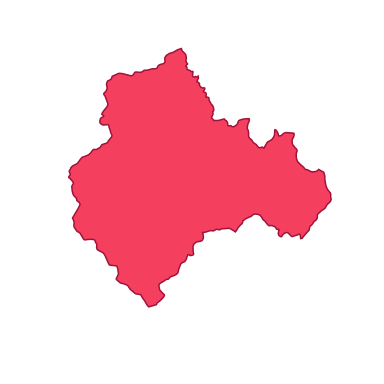 Tay Tra, Quảng Ngãi, Vietnam, rotated 118°
{"feature_id": "81297802B47494931699472", "entity_name": "Tay Tra", "entity_type": "district", "adm_level": 2, "iso_a3": "VNM", "parent_name": "Vietnam", "parent_adm1": "Quảng Ngãi", "projection": "orthographic", "projection_center": [108.349, 15.187], "detail": "fine", "context": "isolated", "style": "filled", "palette": "rose", "viewbox_px": 384, "rotation_deg": 118, "n_neighbors": 0, "source": "geoboundaries", "source_scale": "gbopen_adm2", "svg_char_len": 6014}
<svg xmlns="http://www.w3.org/2000/svg" viewBox="0 0 384 384"><g transform="rotate(118 192 192)"><path d="M71.6,267.5L70.3,268.7L72.9,271.3L77.9,274.5L80.0,276.8L83.1,278.6L84.2,278.9L86.1,279.0L87.4,278.5L89.5,277.0L90.0,276.9L91.2,277.1L92.2,277.6L94.4,280.0L95.2,280.6L97.0,281.2L98.6,281.0L99.3,281.2L100.4,282.2L102.0,285.1L105.3,288.5L107.0,291.4L109.2,292.4L110.4,293.5L111.1,294.9L112.2,297.5L112.8,298.4L113.3,298.7L116.3,299.0L117.2,299.4L118.0,300.3L120.1,308.9L121.1,311.5L121.7,312.4L123.9,314.2L125.5,315.3L126.7,316.4L127.4,316.8L129.2,316.4L130.2,316.4L132.2,317.5L133.5,318.6L134.7,318.6L136.9,318.2L139.3,316.2L140.5,315.6L142.0,315.3L143.8,315.4L146.1,316.1L146.7,316.0L147.3,315.5L148.3,313.6L153.2,308.1L154.3,307.3L155.2,307.1L156.6,307.1L162.5,308.2L165.0,308.3L165.6,308.2L166.0,307.6L166.0,306.4L166.5,305.5L167.5,305.8L168.3,306.5L169.3,307.1L170.3,307.3L172.6,306.7L173.6,306.1L174.2,305.5L174.6,304.7L174.7,302.7L174.5,301.7L172.0,297.9L172.1,297.3L172.7,296.4L174.1,295.4L175.5,293.6L177.4,292.0L179.8,289.0L181.2,288.9L186.2,289.9L188.0,289.8L189.2,290.6L192.4,293.7L195.7,294.1L198.9,296.0L199.5,296.6L200.6,298.9L201.5,299.3L205.7,300.0L207.2,300.6L208.5,301.4L211.8,304.1L212.3,304.8L213.0,305.3L214.9,305.8L220.0,306.5L221.4,307.1L224.6,309.4L226.2,310.1L227.6,310.3L228.6,310.1L231.1,310.3L232.3,309.3L233.2,307.9L233.7,307.6L236.0,308.0L236.6,307.9L237.2,307.4L237.4,305.7L237.5,305.3L237.9,304.9L238.1,303.7L239.5,301.2L240.3,300.7L242.8,300.9L244.0,300.5L247.8,297.9L248.9,296.8L250.1,295.6L250.7,294.6L251.8,291.2L253.6,289.6L253.9,289.0L254.1,286.8L254.7,285.8L255.4,285.2L256.0,284.9L260.3,284.8L271.1,285.3L272.6,283.3L274.2,281.7L276.9,280.7L278.4,279.5L280.8,274.9L280.7,273.0L280.8,272.0L281.4,270.7L284.5,265.7L284.7,264.6L284.3,263.6L282.8,261.7L281.0,258.6L280.2,256.6L280.2,255.0L281.7,253.6L282.7,251.8L283.2,251.4L284.2,250.8L285.8,250.2L287.1,249.0L287.5,247.5L287.4,242.8L287.7,241.2L288.7,239.3L294.4,232.0L295.1,230.9L295.1,230.1L292.6,223.7L294.7,221.5L298.6,218.6L300.4,218.3L304.2,218.2L304.8,217.6L305.4,214.8L305.8,213.4L305.9,212.2L305.1,209.4L304.7,205.8L305.0,204.3L306.6,201.6L307.0,200.6L308.3,194.4L308.2,193.4L307.5,191.7L307.3,190.5L306.9,189.8L306.8,188.8L308.6,186.3L310.8,181.8L312.9,178.6L313.4,177.3L313.7,176.2L308.2,170.5L306.2,170.7L303.2,169.2L299.1,168.0L297.1,167.7L296.3,167.8L295.9,168.0L295.6,168.4L295.0,170.8L293.6,174.6L290.9,176.8L289.4,177.5L288.7,177.5L287.7,177.3L283.2,174.6L282.0,174.1L281.2,173.5L280.1,172.1L279.5,171.7L277.7,171.5L277.1,171.2L273.7,168.2L272.0,167.1L270.7,166.6L269.8,166.6L266.5,167.4L261.7,168.1L260.8,168.1L259.9,167.8L258.6,167.1L257.3,166.0L256.2,165.6L253.6,165.5L251.7,166.0L249.3,166.2L248.9,165.7L249.0,163.9L248.8,163.4L248.1,162.5L246.7,161.3L245.9,161.5L243.9,163.1L239.7,165.5L238.5,165.8L236.9,165.8L234.2,164.7L232.9,163.3L231.7,161.5L230.1,160.3L229.1,160.2L227.6,160.3L226.4,160.8L223.8,162.6L222.8,163.7L222.4,162.9L220.7,160.8L218.1,158.4L217.0,156.7L216.4,155.0L215.6,154.3L214.0,153.3L213.3,152.7L212.5,149.9L210.7,148.7L207.0,142.8L206.4,141.0L206.7,136.2L206.9,135.0L205.6,134.7L202.7,134.6L199.6,134.1L196.5,133.0L195.8,132.9L193.8,133.4L193.2,133.3L190.0,131.8L185.8,128.4L185.0,128.0L183.9,127.8L182.0,126.2L181.6,125.6L180.6,122.4L180.7,120.7L181.4,118.9L182.6,117.2L183.2,116.0L183.3,114.6L183.8,113.2L184.9,110.9L185.6,108.8L185.5,107.9L184.2,105.9L184.0,105.1L183.8,102.9L183.9,101.7L185.1,100.0L185.1,99.4L184.2,97.9L184.5,97.5L187.6,96.6L188.3,96.3L189.5,95.0L189.9,92.9L189.5,92.1L189.1,91.9L186.8,91.7L185.3,91.1L184.3,90.4L183.1,89.0L183.0,88.0L184.3,83.7L184.4,82.6L179.0,77.5L178.7,77.1L179.7,75.8L182.1,74.2L181.4,73.1L176.5,72.2L170.8,70.7L170.4,70.7L168.0,71.6L167.0,71.6L164.3,70.7L160.5,70.3L158.6,69.3L158.0,69.2L156.6,69.1L155.9,69.3L153.5,70.5L152.7,70.6L148.0,69.0L144.2,67.0L142.0,66.8L139.7,66.8L136.1,65.5L135.2,65.4L134.4,65.4L133.0,65.8L130.6,67.7L128.9,68.4L127.9,69.3L126.6,72.5L125.8,74.0L123.8,76.5L118.6,80.6L115.7,82.1L112.7,84.9L112.7,88.6L112.5,90.7L114.3,91.3L115.7,92.2L117.7,95.1L118.1,96.5L118.2,100.9L118.8,102.2L118.7,103.1L117.7,105.1L116.8,109.3L115.4,113.4L113.2,115.6L112.3,116.3L109.1,118.0L106.4,118.5L105.5,119.2L104.8,120.5L104.5,121.7L103.0,125.2L102.5,125.8L101.8,126.4L99.2,128.0L97.8,128.2L95.9,128.1L94.9,128.3L92.9,129.0L92.5,129.3L92.4,129.7L92.6,130.6L93.7,133.0L94.8,135.8L95.7,137.3L96.5,138.1L98.3,139.1L100.5,139.8L101.6,141.4L101.6,142.0L99.8,143.7L98.4,145.8L97.9,147.1L98.0,148.0L98.3,148.0L99.0,147.8L102.3,146.2L103.8,145.8L106.2,145.8L107.8,146.1L109.8,147.0L112.0,148.6L113.3,148.9L118.0,149.1L119.4,148.9L119.6,149.3L119.3,151.0L121.3,153.1L121.3,154.0L121.0,155.4L119.9,157.6L119.7,160.2L119.4,161.2L119.1,162.0L118.0,163.7L117.5,166.4L116.8,167.6L115.0,168.9L113.5,169.6L112.1,170.6L111.0,171.6L109.8,173.3L105.9,174.5L103.4,174.7L101.5,175.1L100.5,175.8L100.5,176.2L101.1,177.2L103.6,181.1L106.2,183.7L107.1,184.2L107.7,184.3L110.5,183.9L111.6,184.1L113.5,184.9L115.2,186.3L115.4,187.1L115.2,188.9L116.4,190.6L116.5,191.1L116.3,191.6L114.5,192.9L113.7,193.7L113.0,195.0L113.0,196.3L112.3,197.7L112.7,198.3L116.0,201.8L117.2,203.5L118.6,206.6L118.1,207.4L117.3,209.5L117.0,209.8L116.6,209.9L115.6,209.8L113.8,209.9L112.5,210.4L111.5,211.5L109.9,211.0L107.9,212.2L106.7,213.4L105.8,214.8L105.3,216.5L104.2,217.9L103.0,220.0L101.0,221.2L100.8,222.2L101.0,223.0L101.7,224.0L101.6,224.4L99.4,225.1L98.1,226.0L97.9,226.8L98.1,228.5L97.8,229.2L97.1,229.2L95.4,228.9L94.3,229.5L94.3,230.2L94.8,230.9L95.3,231.9L95.2,233.4L94.7,234.7L94.1,235.7L93.8,236.0L92.8,236.2L92.6,236.4L92.2,237.9L92.3,239.5L90.1,239.8L88.6,239.7L86.8,241.0L87.7,241.4L88.3,241.9L88.4,242.3L88.3,243.1L89.4,243.8L89.7,244.6L89.4,245.6L88.8,246.3L86.5,247.1L85.5,247.5L85.2,247.8L85.3,248.2L86.1,249.2L85.6,251.1L86.1,253.2L86.0,253.9L84.2,255.1L84.0,256.4L82.4,256.5L81.3,256.0L80.9,256.1L80.1,257.9L79.4,258.6L78.7,259.1L76.4,259.8L73.8,261.9L73.3,262.7L72.2,266.5L71.6,267.5Z" fill="#f43f5e" stroke="#9f1239" stroke-width="1.5"/></g></svg>